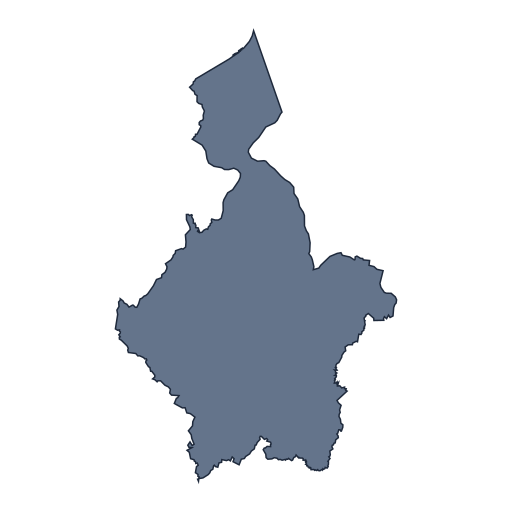 Arboletes, Antioquia, Colombia (Natural Earth projection)
{"feature_id": "7082276B51622711378413", "entity_name": "Arboletes", "entity_type": "district", "adm_level": 2, "iso_a3": "COL", "parent_name": "Colombia", "parent_adm1": "Antioquia", "projection": "natural_earth1", "projection_center": [-76.373, 8.653], "detail": "fine", "context": "isolated", "style": "filled", "palette": "slate", "viewbox_px": 512, "rotation_deg": 0, "n_neighbors": 0, "source": "geoboundaries", "source_scale": "gbopen_adm2", "svg_char_len": 6075}
<svg xmlns="http://www.w3.org/2000/svg" viewBox="0 0 512 512"><path d="M120.2,298.7L120.1,300.3L118.6,302.0L119.0,306.5L116.9,310.1L117.7,314.4L115.4,328.9L117.5,330.2L119.5,329.9L119.4,331.0L120.4,331.9L120.2,333.2L118.8,334.8L120.2,336.8L119.3,337.3L119.4,339.1L121.3,340.2L127.2,346.0L128.3,348.3L127.7,350.1L128.4,352.5L135.8,353.5L137.8,355.9L139.7,355.8L143.6,357.6L144.8,358.9L146.4,358.9L146.8,360.1L145.9,361.0L145.8,362.5L148.5,366.7L149.9,367.5L150.6,371.2L151.8,371.3L154.8,375.2L154.8,377.0L152.6,378.9L155.0,379.8L157.1,381.8L157.9,380.8L160.6,380.8L164.9,385.2L168.4,386.9L170.4,389.3L169.7,393.0L171.5,395.1L179.0,395.6L177.6,397.8L176.4,398.3L174.3,403.5L182.4,407.9L185.1,407.7L186.8,412.9L190.3,413.6L194.9,417.1L192.8,421.7L192.5,425.9L188.4,430.8L191.2,434.7L191.8,438.4L194.1,444.2L192.2,445.5L190.0,441.9L187.8,445.2L188.9,447.3L191.8,447.7L187.0,450.3L189.3,452.3L190.6,458.7L194.0,459.7L194.3,461.1L195.4,461.5L195.8,463.5L197.3,463.1L198.2,465.3L196.5,466.6L195.4,472.7L198.0,474.4L197.9,476.3L199.2,477.0L198.5,478.9L197.6,479.2L198.5,481.3L198.8,478.6L203.0,477.9L208.2,474.6L209.8,472.8L210.7,470.5L212.8,469.3L213.6,465.8L214.3,465.2L215.5,466.6L217.8,467.2L219.0,462.9L221.6,462.3L221.8,459.6L226.5,460.6L228.6,459.7L230.4,460.9L232.2,457.0L234.1,458.7L233.0,461.7L239.1,464.8L241.3,459.2L244.4,458.5L245.6,456.5L249.6,453.9L251.4,451.0L254.3,448.9L255.1,445.2L256.2,445.0L257.2,442.5L260.1,439.3L259.6,437.6L260.2,436.3L261.4,436.4L264.4,439.4L266.6,438.5L267.6,439.6L266.8,441.1L270.6,442.2L271.1,444.0L270.5,444.6L270.6,446.6L267.1,446.4L265.3,448.0L264.3,448.0L263.2,449.7L265.8,454.2L266.1,457.6L267.8,459.2L271.9,458.9L274.2,457.7L277.0,458.2L278.4,459.7L280.2,459.4L282.1,460.2L284.9,459.5L285.6,460.1L286.3,459.1L287.8,459.3L288.5,458.4L291.6,460.6L292.6,460.1L293.8,457.5L295.4,456.7L296.1,455.0L298.5,457.8L298.9,457.4L299.4,458.0L302.3,458.1L303.1,458.5L303.1,460.2L305.2,460.1L305.5,461.2L305.9,460.4L306.5,461.8L305.6,462.2L306.4,463.7L305.8,464.3L306.6,464.5L306.8,465.8L307.6,465.7L308.2,467.1L309.7,467.3L309.5,468.0L310.7,467.8L311.0,469.7L313.8,469.5L314.6,470.3L315.1,469.8L316.4,470.5L317.7,469.6L318.1,470.5L319.9,470.8L322.1,469.4L322.4,469.9L322.9,468.8L323.4,469.4L324.9,468.6L325.2,467.4L327.1,468.1L328.2,466.5L327.8,465.8L328.4,464.5L328.5,461.7L327.9,461.3L330.0,458.5L328.8,456.8L329.8,456.2L330.3,454.7L329.8,451.1L332.9,448.9L331.9,446.8L332.3,445.2L333.4,444.9L334.0,443.2L335.2,442.9L335.7,439.8L338.3,437.7L338.1,435.9L336.8,434.0L337.8,433.1L338.7,429.8L340.0,429.7L340.6,431.0L341.4,431.1L342.8,427.3L342.9,424.8L340.9,423.2L340.4,419.3L339.0,416.5L339.2,414.3L340.2,412.4L339.6,409.9L341.1,405.3L338.4,402.9L337.0,400.4L347.1,391.1L345.7,390.3L346.2,388.8L344.5,388.7L344.6,387.1L341.7,387.9L339.8,385.8L337.5,386.0L338.4,382.6L337.1,383.9L337.1,381.9L335.9,383.0L334.3,383.1L335.0,380.8L334.5,380.3L335.3,379.3L334.7,378.7L336.3,376.8L336.4,375.7L335.0,375.3L336.1,374.8L335.7,373.6L336.8,373.0L335.4,372.1L335.6,370.9L334.6,370.0L337.0,370.1L335.4,367.6L336.3,367.3L335.8,366.6L336.0,365.0L337.0,363.5L338.8,362.6L341.8,357.0L341.8,355.5L344.0,352.1L345.7,350.8L345.1,347.0L348.3,344.8L352.4,344.7L352.7,343.1L356.2,341.3L357.5,341.8L358.8,334.2L361.0,334.5L361.9,333.0L361.8,331.8L363.8,330.2L363.8,328.8L364.3,328.5L363.8,328.0L364.7,326.9L364.2,326.3L365.2,324.9L364.6,321.4L365.1,320.8L364.4,320.2L364.1,318.0L365.9,316.0L365.7,315.3L368.3,313.5L373.7,318.2L373.9,320.5L383.8,320.3L383.5,318.7L384.4,316.7L386.6,318.7L388.5,315.1L390.1,317.5L393.0,316.0L393.7,307.6L394.8,304.5L396.1,303.1L396.6,299.8L395.3,296.9L391.2,293.3L386.4,293.2L384.3,292.4L380.9,287.4L379.9,283.5L383.1,270.7L376.9,269.3L374.0,266.6L369.0,265.3L369.6,260.5L363.3,259.9L362.7,258.5L360.5,258.3L356.9,256.1L355.2,256.9L355.0,259.6L354.3,259.9L349.9,257.0L342.3,255.3L341.0,252.7L337.2,253.4L330.0,256.4L320.8,265.2L318.8,268.1L313.3,269.7L313.9,266.7L312.3,259.7L311.3,257.0L308.8,253.6L309.7,251.6L310.1,242.7L308.4,233.9L306.4,230.9L304.5,226.0L304.4,215.5L303.3,212.3L299.6,206.7L297.8,199.0L294.0,193.5L293.7,187.2L289.7,182.5L284.9,179.6L280.6,175.8L274.4,169.0L269.8,165.6L265.8,161.2L264.0,160.7L257.6,161.2L251.4,158.1L248.3,152.2L248.7,149.2L253.2,142.9L258.7,137.5L265.8,127.0L274.8,122.8L277.2,120.3L280.5,113.9L282.0,112.1L253.6,30.7L252.2,36.0L249.4,41.4L243.4,48.5L242.4,48.7L242.3,48.2L241.5,48.7L242.0,49.0L241.6,49.9L240.8,49.8L240.9,49.2L240.2,49.7L240.7,50.0L240.4,51.1L239.4,51.1L239.4,50.4L238.7,51.0L239.3,51.8L238.9,52.3L238.6,51.8L238.5,52.7L237.5,52.7L237.7,53.2L236.0,54.3L235.8,53.3L235.0,53.7L235.5,54.5L234.6,55.2L234.3,54.1L233.5,54.7L234.1,54.8L234.0,55.7L233.4,55.9L233.1,55.1L233.1,56.2L229.2,59.0L195.7,78.9L194.7,81.0L193.4,81.8L193.1,84.0L189.6,87.2L192.7,90.6L194.1,91.2L195.0,94.3L197.1,95.6L197.0,101.7L198.7,103.4L202.0,104.5L202.3,106.9L204.4,111.0L203.2,115.2L203.4,118.5L202.7,120.1L200.5,121.0L199.2,122.5L199.2,124.7L200.7,125.6L200.8,127.0L197.0,134.3L195.5,134.3L195.3,136.4L193.9,137.0L194.0,137.6L192.3,139.2L202.1,145.1L205.8,151.0L207.0,158.7L208.7,163.0L214.0,166.3L221.7,167.7L224.5,169.5L228.7,169.6L233.8,168.2L237.7,170.0L240.5,173.5L240.3,177.1L238.8,180.7L232.7,189.7L227.7,192.8L223.9,199.7L223.1,202.6L223.2,210.6L221.2,218.3L218.4,220.0L215.0,220.0L211.8,219.0L211.3,220.0L211.8,222.5L210.2,223.8L210.1,225.4L208.5,226.7L207.7,229.3L206.3,228.9L203.7,230.3L202.0,232.3L199.4,232.7L197.5,231.3L197.8,230.6L199.3,231.3L198.2,227.9L195.7,227.6L195.9,225.1L195.2,224.6L195.2,223.3L193.4,223.2L193.3,219.6L191.6,216.8L192.2,215.2L191.6,214.7L189.5,215.5L188.3,214.4L186.4,214.5L186.5,219.7L189.8,226.7L190.3,229.5L185.4,234.8L186.0,242.0L185.6,247.1L183.1,249.1L181.5,248.6L175.6,250.7L175.2,253.4L173.2,255.4L172.9,257.0L171.0,259.9L165.5,263.7L167.0,266.7L166.7,269.1L165.0,272.4L161.9,274.6L161.5,277.7L156.5,279.5L153.4,285.8L147.7,293.9L145.7,295.6L144.2,296.0L141.7,298.4L140.1,298.9L138.5,304.1L136.8,307.3L135.2,307.2L133.3,305.2L132.5,305.1L129.0,307.1L126.9,304.3L124.2,303.0L123.1,301.0L120.2,298.7Z" fill="#64748b" stroke="#1e293b" stroke-width="1.5"/></svg>